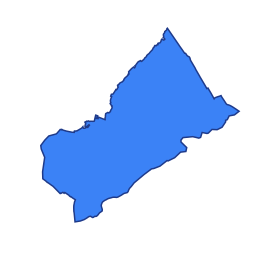 outline of Maracineni, Arges, Romania, rotated 53°
{"feature_id": "2599482B86906431324144", "entity_name": "Maracineni", "entity_type": "district", "adm_level": 2, "iso_a3": "ROU", "parent_name": "Romania", "parent_adm1": "Arges", "projection": "albers", "projection_center": [24.868, 44.908], "detail": "fine", "context": "isolated", "style": "filled", "palette": "blue", "viewbox_px": 256, "rotation_deg": 53, "n_neighbors": 0, "source": "geoboundaries", "source_scale": "gbopen_adm2", "svg_char_len": 5281}
<svg xmlns="http://www.w3.org/2000/svg" viewBox="0 0 256 256"><g transform="rotate(53 128 128)"><path d="M181.5,29.2L178.2,30.3L174.3,31.7L172.6,32.4L171.0,33.2L169.7,34.1L168.8,34.8L167.9,35.0L163.9,34.7L159.8,34.5L158.1,34.2L157.9,34.9L157.7,35.8L157.2,37.0L156.8,38.3L156.4,39.6L156.3,40.1L156.2,40.7L156.3,41.2L156.5,41.7L156.4,41.7L156.0,41.6L155.5,41.5L153.9,41.3L151.7,41.0L151.1,40.9L149.5,40.7L147.6,40.5L144.2,40.1L144.0,41.3L142.4,41.1L140.9,40.9L130.1,39.7L129.6,39.6L128.8,39.5L123.1,38.8L122.2,38.7L121.5,38.6L121.1,38.4L111.5,37.3L109.6,36.5L108.7,36.3L108.0,36.3L107.4,36.6L106.6,37.0L106.1,37.2L105.5,37.2L104.9,37.2L103.9,37.1L103.2,37.1L102.7,37.3L102.6,37.5L102.4,37.8L97.9,37.6L93.6,37.5L92.2,37.4L78.6,36.8L72.0,36.5L72.1,37.2L72.5,37.5L72.9,38.1L73.0,38.5L73.0,39.4L73.1,40.2L73.1,40.6L73.3,40.8L73.6,41.0L74.1,42.0L74.4,43.2L75.1,43.9L75.6,44.0L76.2,44.4L76.5,44.5L77.0,45.5L77.9,45.1L78.5,45.0L79.2,45.1L79.4,45.5L79.3,46.2L79.0,46.9L77.9,47.1L77.6,47.2L77.4,47.4L77.4,47.7L77.7,48.2L77.8,48.6L78.5,49.3L78.9,50.2L79.2,51.1L79.1,51.6L78.8,52.2L78.4,52.7L78.5,53.3L79.1,53.4L79.2,53.7L79.0,53.8L79.1,54.0L79.1,54.4L79.3,54.4L79.0,55.1L79.1,55.7L79.2,55.8L79.2,56.2L78.9,56.4L78.6,56.5L78.3,56.8L78.4,57.2L78.6,57.8L79.0,58.4L79.3,59.1L79.2,59.6L79.3,59.9L79.9,60.8L80.2,61.5L80.3,62.1L80.4,62.7L80.6,64.0L80.9,65.3L81.1,65.9L81.2,66.4L81.2,66.9L81.2,67.5L81.2,68.2L81.4,69.5L81.7,69.8L81.9,70.1L82.1,70.8L82.1,72.3L82.8,74.1L82.8,74.8L82.8,75.5L83.0,76.2L82.8,77.3L81.8,77.3L81.5,77.8L81.7,78.4L81.5,79.3L81.2,79.6L81.3,80.2L81.8,82.1L82.4,83.9L82.5,85.1L83.3,85.1L83.9,86.5L82.6,86.9L82.7,87.7L82.7,89.3L83.4,93.4L83.6,93.8L84.6,94.2L84.9,94.9L85.4,94.8L85.6,95.6L85.4,95.9L85.8,96.3L85.9,97.0L86.0,97.5L86.2,100.5L86.5,101.1L86.5,101.6L86.7,101.9L86.9,102.3L87.2,102.4L87.5,103.3L87.5,103.6L87.5,103.9L87.6,104.6L87.7,105.1L87.5,105.4L87.5,105.7L87.3,106.5L87.2,107.6L87.4,108.3L87.6,108.7L87.5,109.1L87.6,110.6L88.2,110.6L88.5,111.1L89.5,111.3L89.8,112.2L90.1,112.9L90.2,113.1L90.3,113.3L90.5,113.7L90.5,114.4L90.0,114.6L90.5,115.6L90.6,116.1L90.8,116.7L91.1,117.2L91.4,118.2L91.7,118.9L91.8,119.7L91.6,120.1L91.2,120.7L91.1,121.1L91.4,121.4L92.2,122.7L92.5,122.6L92.9,122.4L93.1,122.2L93.6,122.9L94.0,123.6L94.7,124.6L95.3,125.3L95.7,125.7L96.8,126.3L97.2,126.3L97.8,127.6L98.3,127.6L98.4,127.4L99.1,127.6L100.0,127.7L100.2,127.8L100.5,127.9L100.9,127.5L101.2,127.8L101.5,128.1L102.0,128.3L102.5,128.9L103.1,130.0L103.1,130.3L103.3,130.8L103.6,131.3L103.8,131.7L104.0,132.0L104.3,132.2L104.3,132.6L104.3,133.0L104.5,133.7L104.3,134.2L104.2,134.4L103.8,134.5L103.4,134.8L103.3,135.3L103.3,136.0L103.2,136.6L103.1,137.1L103.4,137.6L103.8,137.8L104.1,138.1L104.4,138.5L104.8,138.9L105.3,139.1L105.7,139.5L105.8,139.8L106.4,140.5L107.4,141.0L107.6,141.3L106.8,141.8L106.1,142.2L103.4,143.9L102.4,144.5L101.3,145.2L101.7,145.6L102.2,146.0L102.5,146.2L101.4,147.5L100.6,145.9L100.4,145.7L100.0,144.9L98.3,146.0L98.7,146.6L99.4,147.4L100.2,148.4L101.4,149.8L101.8,150.2L102.2,150.8L101.9,151.4L101.7,151.9L101.4,152.2L100.8,152.9L99.8,154.3L99.5,154.9L98.6,155.3L98.3,156.2L98.0,157.1L97.7,157.0L97.4,158.9L99.2,159.2L99.3,159.5L99.5,159.9L99.9,160.4L100.4,161.0L100.8,161.4L101.1,161.4L101.3,161.4L101.7,160.9L102.0,159.4L101.9,157.5L101.9,157.2L102.5,157.1L103.3,159.8L102.9,160.0L102.5,160.1L102.5,160.7L102.4,161.5L102.3,162.3L102.1,162.6L101.9,163.1L101.5,163.6L100.9,163.7L99.8,163.2L100.2,165.0L99.8,168.7L99.7,169.1L99.7,169.6L99.6,170.1L99.6,170.4L99.4,170.7L99.1,171.3L98.8,171.9L98.3,172.3L98.2,172.8L98.4,173.0L99.1,173.6L98.4,174.4L97.7,175.3L97.4,175.5L95.7,177.0L93.8,178.7L93.0,179.4L92.8,179.5L91.6,180.4L90.5,181.2L89.3,181.7L89.5,182.1L88.6,182.8L88.4,183.0L88.9,185.2L89.1,186.3L89.4,187.4L89.5,189.0L86.7,196.0L87.6,201.7L89.5,208.2L92.5,209.9L101.3,212.2L111.6,222.6L117.3,226.6L120.6,225.6L123.0,225.2L123.1,224.9L123.9,224.7L127.5,223.6L129.3,223.0L130.6,222.8L139.2,221.7L139.2,221.3L139.8,221.2L140.2,218.7L141.7,218.3L141.5,217.3L142.0,217.1L144.3,216.3L146.4,215.6L147.0,215.7L148.0,215.4L148.5,215.2L148.5,214.9L151.0,214.2L153.6,213.2L155.0,215.4L155.9,216.3L157.1,217.7L158.5,218.9L160.0,220.0L162.0,221.4L163.4,222.1L171.1,226.8L173.6,222.0L174.8,218.0L175.1,215.1L175.2,212.5L175.5,211.9L176.1,210.9L176.8,210.7L177.6,210.4L178.1,210.2L178.4,209.7L178.5,209.2L178.5,208.2L178.6,207.5L179.2,207.0L179.5,206.3L179.5,205.5L179.4,204.7L179.2,203.8L178.9,202.9L178.8,202.6L178.6,201.3L178.7,200.4L178.7,199.0L178.7,198.5L178.2,198.1L177.5,197.5L176.6,197.2L175.5,196.8L174.7,196.5L173.8,196.0L173.3,195.5L172.7,194.6L172.2,193.8L171.8,193.0L171.8,192.2L171.8,190.3L172.0,189.2L172.2,188.4L172.3,187.0L172.8,185.3L173.5,183.7L173.9,182.5L174.5,181.3L175.5,180.0L176.5,179.0L177.1,177.6L177.2,176.6L177.4,175.4L177.6,174.1L177.7,172.9L177.8,171.3L177.9,170.5L178.5,169.0L179.1,167.6L178.9,166.3L177.7,164.4L177.1,162.9L176.7,160.6L175.5,156.2L174.8,143.3L174.8,133.8L175.9,131.7L177.7,125.4L177.5,116.4L178.4,115.9L179.8,108.6L178.9,100.6L181.6,95.9L179.0,92.9L171.1,94.1L169.5,92.9L168.8,89.8L173.9,81.5L176.5,79.3L178.7,77.5L179.2,75.7L176.2,71.5L179.9,68.2L180.4,66.9L179.7,61.8L183.0,57.8L184.0,52.4L181.9,46.4L180.6,45.4L181.1,43.7L179.2,39.9L181.6,35.1L181.5,29.2Z" fill="#3b82f6" stroke="#1e3a8a" stroke-width="1.5"/></g></svg>